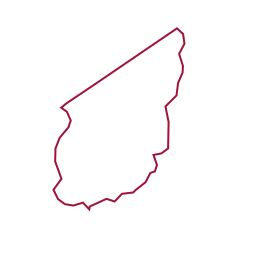 Union, Florida, United States of America (orthographic projection), rotated 327°
{"feature_id": "52423323B15524353330478", "entity_name": "Union", "entity_type": "district", "adm_level": 2, "iso_a3": "USA", "parent_name": "United States of America", "parent_adm1": "Florida", "projection": "orthographic", "projection_center": [-82.394, 30.032], "detail": "fine", "context": "isolated", "style": "outline", "palette": "rose", "viewbox_px": 256, "rotation_deg": 327, "n_neighbors": 0, "source": "geoboundaries", "source_scale": "gbopen_adm2", "svg_char_len": 614}
<svg xmlns="http://www.w3.org/2000/svg" viewBox="0 0 256 256"><g transform="rotate(327 128 128)"><path d="M51.2,175.1L53.1,173.0L71.4,175.7L76.8,182.4L87.1,179.9L97.2,184.9L100.6,184.2L113.2,183.0L122.3,177.9L127.0,179.0L132.2,174.7L134.7,164.5L142.2,167.5L150.5,167.0L165.3,145.1L171.2,130.3L186.5,127.1L194.4,117.6L203.9,111.3L207.8,106.0L211.3,93.6L221.2,88.1L225.4,79.2L223.3,71.1L127.0,73.2L89.5,73.8L83.0,74.6L85.6,81.1L84.1,90.5L78.6,94.9L65.3,99.0L56.0,105.7L48.7,116.4L44.5,134.4L31.9,139.2L30.6,149.4L33.6,157.5L39.8,163.2L49.6,166.1L51.2,175.1Z" fill="none" stroke="#9f1239" stroke-width="2"/></g></svg>